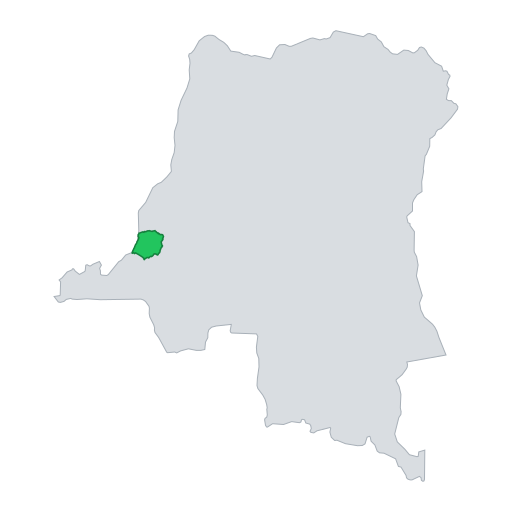 Kwamouth, Bandundu, Democratic Republic of the Congo (highlighted)
{"feature_id": "63176286B12311619160810", "entity_name": "Kwamouth", "entity_type": "district", "adm_level": 2, "iso_a3": "COD", "parent_name": "Democratic Republic of the Congo", "parent_adm1": "Bandundu", "projection": "robinson", "projection_center": [16.578, -3.619], "detail": "fine", "context": "in_parent", "style": "filled", "palette": "green", "viewbox_px": 512, "rotation_deg": 0, "n_neighbors": 0, "source": "geoboundaries", "source_scale": "gbopen_adm2", "svg_char_len": 7159}
<svg xmlns="http://www.w3.org/2000/svg" viewBox="0 0 512 512"><path d="M446.0,355.0L406.8,362.0L407.5,364.5L407.2,367.2L406.1,369.2L402.1,374.7L396.2,379.7L396.1,380.9L399.1,386.6L400.9,394.3L400.3,407.9L401.1,411.6L400.9,414.4L398.8,417.6L394.7,434.0L397.3,441.9L404.9,449.3L409.4,454.7L417.0,456.7L418.2,456.4L418.8,451.9L424.8,450.1L424.5,479.3L424.0,480.9L422.9,481.3L421.4,480.3L421.0,477.6L419.4,476.4L412.0,479.9L410.1,479.9L408.0,479.2L406.5,477.8L406.1,475.5L401.0,467.1L398.4,466.4L395.6,458.8L384.0,453.2L379.5,452.8L377.2,451.1L374.9,445.0L371.1,441.2L370.2,436.9L369.4,436.3L367.1,437.2L365.0,443.9L362.3,445.5L357.5,445.7L345.5,443.7L336.9,440.2L334.7,440.5L331.3,437.3L329.9,432.1L330.7,428.1L330.1,427.5L317.0,430.8L313.8,432.9L310.9,432.4L310.0,431.3L311.3,428.5L310.7,425.5L309.7,424.1L305.8,423.0L304.6,419.8L302.3,419.3L301.5,419.8L300.9,422.0L299.5,422.7L291.7,421.6L283.5,424.5L272.6,423.7L267.4,427.1L266.6,427.0L265.5,425.3L264.6,419.8L265.1,418.3L266.7,417.2L267.3,415.0L266.8,409.2L267.2,407.9L266.7,404.6L265.1,399.3L262.8,395.1L257.9,388.6L257.0,385.6L257.4,378.4L259.0,367.0L258.8,358.5L256.8,353.0L256.4,347.1L257.8,336.4L256.5,333.9L231.7,333.0L230.6,332.2L230.2,330.7L231.3,324.4L216.2,326.0L211.6,327.2L208.8,329.8L207.9,333.0L207.8,337.7L205.5,342.1L204.8,349.5L200.7,350.4L196.5,350.4L188.4,348.8L180.6,350.9L176.7,352.9L174.7,352.0L167.6,352.7L166.7,352.2L158.6,337.4L155.0,332.5L154.4,330.1L154.6,327.8L153.7,324.7L149.9,317.2L149.2,313.6L149.4,308.1L149.0,306.3L145.6,301.5L143.3,299.9L140.9,299.1L100.3,299.7L86.9,298.8L77.1,299.5L72.1,299.1L70.8,298.4L66.3,299.4L64.0,301.4L60.4,302.4L58.3,302.0L54.1,296.5L59.8,295.6L60.2,295.0L60.6,281.9L59.1,280.0L62.1,277.8L67.1,272.0L71.9,269.9L72.5,268.8L73.6,268.8L75.3,271.2L79.4,274.4L84.6,271.6L85.2,270.8L85.8,265.2L87.1,264.7L89.3,265.9L90.6,265.9L92.8,264.3L99.4,261.5L101.4,265.1L99.6,268.4L100.4,270.7L100.5,274.3L101.6,275.1L106.8,275.5L108.3,274.6L118.7,261.7L121.4,260.2L125.7,255.0L131.5,252.7L134.0,248.7L137.3,241.4L138.8,231.0L138.3,213.0L138.8,210.5L145.7,202.4L152.8,187.7L157.7,183.8L161.3,182.3L166.9,176.9L171.4,171.4L170.8,164.9L171.8,159.5L174.2,152.6L175.0,145.4L174.2,137.7L174.5,131.4L177.8,121.4L178.1,109.9L181.1,100.3L187.0,88.0L189.8,78.9L189.2,69.9L190.0,63.3L189.7,59.4L188.6,56.0L189.2,53.9L191.4,53.0L194.2,49.7L199.2,40.8L204.6,36.5L208.3,35.2L212.3,35.3L214.8,36.1L219.0,39.5L223.7,42.3L227.3,45.7L230.8,51.1L239.2,52.3L242.8,54.2L245.0,55.0L245.8,54.5L247.5,54.7L251.5,56.3L254.7,55.5L270.2,59.0L272.0,57.2L276.4,48.0L279.6,44.8L284.9,44.5L289.1,46.3L291.3,46.3L310.4,38.4L312.9,38.0L319.9,39.9L324.4,38.6L326.2,39.0L330.1,37.6L333.3,32.1L335.9,30.7L363.4,36.7L367.6,33.8L369.6,33.5L375.7,35.6L377.6,39.0L381.3,41.9L383.9,46.7L388.0,49.4L390.1,52.0L392.5,53.8L397.5,54.4L403.8,50.1L408.3,50.5L412.8,52.9L414.3,52.8L417.7,50.3L419.5,47.5L421.3,47.0L423.9,48.1L426.1,50.7L428.0,54.4L434.9,62.7L441.6,66.2L443.3,71.2L445.6,70.8L446.9,71.2L448.6,74.5L449.8,75.1L450.0,76.4L448.4,79.4L446.8,85.2L448.9,88.8L447.2,94.0L446.4,99.3L448.5,100.6L451.3,100.6L453.9,103.3L455.9,103.8L457.9,106.7L457.5,109.2L451.0,117.9L441.1,128.5L437.8,129.8L436.1,131.8L434.9,134.9L432.0,137.5L429.8,138.6L429.7,146.3L426.4,154.3L425.1,155.9L423.3,168.9L423.6,171.1L421.7,181.7L422.0,191.6L417.2,194.7L413.9,199.6L412.5,202.9L412.5,211.0L407.1,215.9L406.7,217.0L408.0,222.7L410.0,223.6L410.0,225.5L414.4,231.6L414.1,250.3L414.3,252.2L416.6,256.6L418.1,265.1L416.4,275.9L422.3,295.7L419.5,302.9L420.8,309.9L424.3,317.1L432.6,324.3L434.8,327.2L436.9,331.2L438.9,337.4L446.0,355.0Z" fill="#d9dde1" stroke="#a8b0b8" stroke-width="1"/><path d="M163.0,238.9L162.8,238.7L162.6,238.4L162.6,238.2L163.0,237.8L163.1,237.6L163.5,236.6L163.4,236.2L162.9,235.4L162.9,235.1L162.6,234.9L162.4,234.7L162.2,234.6L161.9,234.5L161.7,234.6L161.3,234.5L160.8,234.6L160.5,234.5L160.2,234.4L160.1,234.5L159.9,234.3L159.8,234.2L159.6,234.0L159.2,234.0L159.2,233.9L159.3,233.9L159.2,233.7L158.9,233.5L158.6,233.2L158.3,233.5L158.1,233.5L157.9,233.3L157.8,233.2L157.5,233.0L157.5,232.8L157.1,232.6L156.9,232.4L156.6,232.3L156.5,232.1L156.4,232.1L156.3,231.9L156.2,231.7L155.9,231.5L155.7,231.5L155.5,231.3L155.5,231.2L155.4,231.0L155.2,230.9L154.8,230.9L154.6,230.8L154.6,230.7L154.2,230.8L153.7,230.9L153.5,231.0L153.1,231.0L152.9,231.0L152.7,231.3L152.4,231.4L152.2,231.3L151.9,231.4L151.6,231.3L151.2,231.3L150.9,231.1L150.4,231.0L150.2,231.0L150.1,230.9L149.8,230.9L149.7,230.9L149.3,230.7L149.2,230.8L148.9,230.9L148.7,230.8L148.2,230.8L147.7,230.8L147.4,231.0L147.2,231.1L146.8,231.2L146.5,231.2L146.0,231.7L145.7,231.7L145.3,231.6L145.0,231.7L144.8,231.6L144.7,231.5L144.4,231.6L144.1,231.9L143.9,232.3L143.7,232.3L143.5,232.1L143.3,232.1L143.1,231.9L142.6,231.9L142.1,232.2L141.9,232.3L141.3,232.3L141.2,232.4L140.6,232.7L140.3,232.8L139.7,233.0L139.1,233.1L139.0,233.4L138.9,233.8L138.6,234.2L138.4,234.4L138.2,234.6L138.3,235.1L138.1,235.6L138.1,236.3L138.2,236.7L138.4,236.9L138.8,237.3L138.7,238.4L138.5,238.9L138.2,239.8L137.7,240.6L137.3,241.2L137.0,241.7L136.9,242.4L136.6,243.2L136.0,244.1L135.4,244.9L135.2,245.5L135.0,246.1L134.7,246.7L134.5,247.3L134.5,247.5L134.4,247.5L134.2,248.0L133.8,248.7L133.3,249.9L133.0,250.5L132.7,251.2L132.7,251.4L132.6,251.5L132.6,251.8L132.5,252.0L132.5,252.3L132.4,252.4L132.4,252.5L132.3,252.8L132.2,252.8L132.1,253.0L132.3,253.1L132.5,253.2L132.7,252.9L132.8,252.9L132.9,252.7L133.0,252.6L133.3,252.7L133.3,252.8L133.5,252.9L133.6,253.0L133.8,253.1L134.0,253.2L134.1,253.3L134.3,253.5L134.6,253.6L134.8,253.5L134.9,253.4L135.0,253.3L135.1,253.1L135.2,252.9L135.4,252.9L135.6,253.0L135.8,253.0L136.1,253.2L136.8,253.6L138.1,254.3L139.1,254.9L139.9,255.4L140.8,256.0L141.6,256.5L142.3,257.0L143.0,257.5L143.2,257.8L143.3,258.0L143.6,258.1L143.8,258.4L144.1,258.5L143.9,258.8L143.9,259.0L144.0,259.2L144.1,259.3L144.1,259.5L144.4,259.6L144.5,259.6L144.6,259.4L144.7,259.2L144.7,258.9L144.7,258.7L144.8,258.7L145.0,258.6L145.8,258.3L145.9,258.2L146.2,258.0L146.5,257.9L146.6,257.7L146.8,257.7L147.1,257.5L147.3,257.6L147.6,257.5L148.2,257.7L148.5,257.7L148.6,257.9L148.8,257.9L149.0,257.8L149.1,257.7L149.3,257.2L149.7,257.1L150.0,256.7L150.3,256.6L150.6,256.4L150.8,256.3L151.1,256.3L151.5,256.6L152.3,256.1L152.5,255.9L152.8,255.7L153.5,254.8L153.6,254.4L154.0,254.0L154.3,253.9L154.5,253.9L154.8,253.8L155.0,254.0L155.2,253.9L155.7,253.9L155.9,253.9L156.1,254.2L156.3,254.4L156.6,254.5L157.1,254.9L157.5,255.0L157.7,254.9L158.1,254.6L158.2,254.3L158.3,253.8L158.7,253.5L159.0,253.0L159.1,252.9L159.4,252.9L159.5,252.8L159.6,252.4L159.8,252.2L160.0,251.7L160.0,251.2L160.0,250.6L160.3,250.1L160.4,249.8L160.4,249.4L160.5,249.2L160.9,248.7L161.0,248.1L161.3,247.5L161.4,247.4L161.7,247.2L161.8,247.2L161.9,246.9L161.8,246.5L161.8,246.3L161.9,246.2L162.0,246.2L162.4,246.1L162.4,245.9L162.4,245.6L162.1,245.5L162.1,245.3L161.8,244.6L161.7,244.4L161.5,244.1L161.6,243.6L161.5,243.4L161.5,243.2L161.4,243.1L161.3,242.4L161.2,242.0L161.2,241.8L161.3,241.6L161.5,241.3L161.8,241.0L161.9,240.9L162.2,240.7L162.3,240.3L162.4,239.8L162.5,239.7L162.8,239.7L162.9,239.4L163.0,239.0L163.0,238.9Z" fill="#22c55e" stroke="#15803d" stroke-width="1.5"/></svg>